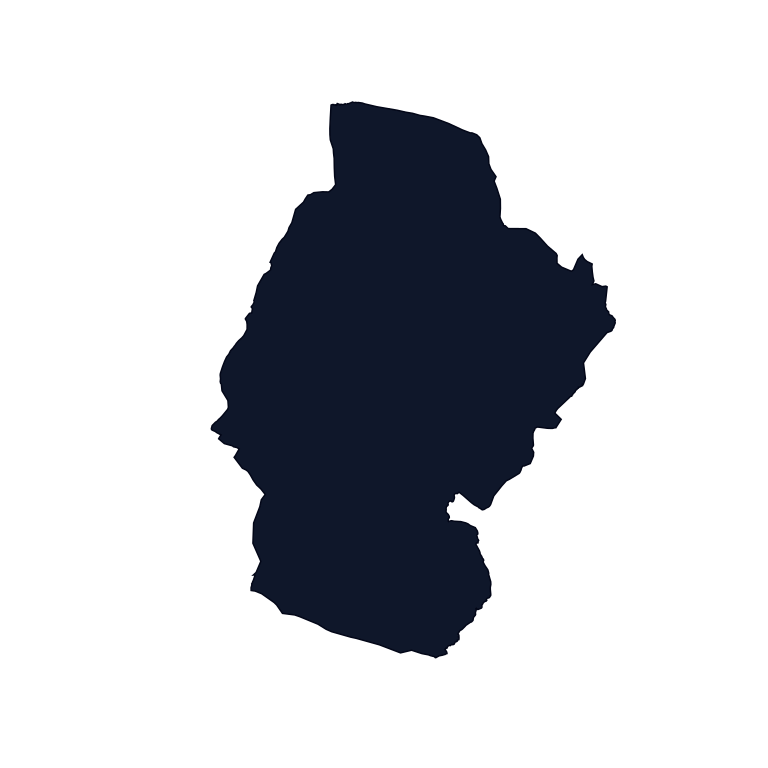 the district of Hjartdal nor, Telemark, Norway, rotated 47°
{"feature_id": "86288312B76434721018946", "entity_name": "Hjartdal nor", "entity_type": "district", "adm_level": 2, "iso_a3": "NOR", "parent_name": "Norway", "parent_adm1": "Telemark", "projection": "albers", "projection_center": [8.717, 59.692], "detail": "fine", "context": "isolated", "style": "filled", "palette": "ink", "viewbox_px": 768, "rotation_deg": 47, "n_neighbors": 0, "source": "geoboundaries", "source_scale": "gbopen_adm2", "svg_char_len": 6146}
<svg xmlns="http://www.w3.org/2000/svg" viewBox="0 0 768 768"><g transform="rotate(47 384 384)"><path d="M444.4,622.0L447.5,619.5L453.9,616.5L468.7,613.4L472.4,613.2L482.5,614.7L492.0,606.8L496.7,604.3L514.6,596.1L523.9,593.6L529.5,591.2L546.4,581.0L551.0,577.8L571.5,565.3L591.9,555.3L597.5,545.4L607.1,540.1L612.4,536.2L614.5,535.2L618.0,532.9L618.8,533.2L619.5,532.8L620.4,529.1L622.2,526.2L623.2,524.1L623.4,523.9L623.6,522.8L624.1,521.8L623.0,521.0L622.0,520.7L619.5,520.4L619.5,519.9L619.7,519.5L619.3,518.9L619.3,518.7L620.1,518.2L619.5,516.6L619.4,515.8L619.4,515.4L619.8,514.6L620.6,513.8L620.6,512.0L621.4,511.7L621.8,511.1L622.1,510.2L621.2,507.7L621.8,506.9L622.0,505.9L621.9,505.5L621.3,505.1L622.0,503.6L620.8,502.2L620.4,502.3L620.4,502.1L619.6,501.8L619.8,501.5L619.6,501.1L618.4,500.4L617.2,500.5L616.4,497.7L616.1,496.4L616.5,495.4L616.7,493.8L616.5,489.4L616.3,489.2L617.2,483.2L617.7,482.3L617.6,480.2L616.0,478.1L615.7,477.5L615.4,475.1L615.1,474.3L613.5,473.0L612.2,470.8L610.9,470.0L611.0,469.4L612.5,469.4L612.9,469.2L613.2,468.6L614.3,465.6L614.2,465.0L613.9,464.4L612.4,463.4L612.5,462.5L612.1,462.3L611.7,460.1L611.8,458.8L611.9,458.4L612.4,457.7L612.4,457.2L612.3,456.4L611.3,456.3L611.1,454.3L611.9,453.3L612.0,452.4L611.7,451.2L611.3,450.9L611.5,450.3L610.7,449.4L606.7,446.3L605.2,444.9L603.5,442.6L601.4,440.8L594.3,437.2L593.9,436.5L592.3,435.6L590.7,434.8L585.6,434.0L581.9,433.0L581.5,432.5L580.9,431.3L579.9,430.8L578.4,430.8L576.5,430.0L575.3,430.0L574.5,429.6L573.6,429.5L573.0,428.9L571.1,428.0L564.1,426.2L563.4,425.3L563.3,424.6L564.0,424.1L564.3,423.5L563.5,422.9L562.9,421.4L560.8,421.0L560.5,420.7L557.8,419.3L557.6,418.6L557.7,417.7L556.8,416.9L555.2,416.0L551.3,415.2L547.3,417.0L545.8,417.6L543.7,417.9L541.4,418.9L537.0,421.7L532.3,426.2L530.5,427.5L529.8,428.1L528.6,430.7L527.9,430.5L527.3,429.7L526.6,429.1L526.3,428.7L526.4,427.5L525.2,426.5L523.3,426.0L520.6,426.1L519.7,425.7L519.0,425.1L518.5,424.3L517.7,423.8L516.6,422.5L516.3,421.7L516.4,420.0L516.0,419.3L515.2,418.9L514.6,418.0L514.3,416.9L514.5,415.3L516.4,414.7L516.9,414.2L517.0,413.6L516.9,413.0L515.7,410.7L514.8,409.6L513.5,408.9L512.6,407.8L512.9,406.3L514.2,405.1L514.3,402.9L519.4,402.1L530.4,401.0L533.9,400.4L538.5,398.8L539.1,399.0L540.5,398.5L543.0,398.0L543.9,396.6L544.2,395.5L544.5,393.6L545.2,391.6L545.3,390.2L544.9,388.3L540.7,380.0L538.8,367.2L538.2,360.6L539.2,357.3L541.5,346.2L541.4,345.1L540.3,342.3L539.6,341.4L539.4,340.8L539.0,340.3L538.9,339.5L538.6,338.3L539.5,337.5L541.9,331.3L538.6,323.9L536.0,321.1L531.6,319.8L531.0,316.9L530.4,316.2L525.1,312.0L521.6,308.6L520.7,306.9L520.1,304.9L519.3,303.6L520.1,301.1L527.8,294.7L530.4,292.1L531.4,291.0L532.7,288.6L533.2,288.2L530.7,278.5L521.9,278.9L521.3,277.7L520.7,275.5L520.4,273.4L520.4,270.1L520.3,257.7L520.2,257.5L520.2,257.0L520.4,255.9L520.9,255.0L520.5,254.4L520.5,253.3L520.2,253.2L520.0,252.5L520.1,250.5L519.9,249.2L519.4,248.6L519.5,246.4L519.3,245.6L519.6,244.7L519.4,244.0L519.1,243.9L519.6,243.3L520.6,239.8L519.8,239.6L519.4,239.1L520.1,238.3L517.4,233.0L504.6,223.7L501.3,211.4L498.5,185.8L500.2,182.0L500.1,181.6L500.3,180.8L499.5,179.3L499.5,178.8L499.3,178.1L499.3,177.6L498.5,176.4L497.0,173.2L496.1,172.7L495.7,172.3L495.3,171.6L494.2,171.0L491.2,171.0L490.1,170.7L489.1,171.0L486.9,172.0L485.3,171.3L484.5,170.5L481.8,170.7L480.2,169.9L478.7,169.6L477.0,167.4L475.4,167.0L474.6,165.5L465.1,154.5L463.7,155.0L461.5,158.1L455.1,160.8L453.4,163.9L451.8,160.2L448.6,158.4L444.1,155.2L439.6,151.7L438.2,149.9L433.0,151.9L429.8,152.3L427.3,151.9L424.6,150.8L425.0,157.0L429.7,167.6L429.3,170.1L419.7,174.4L413.7,175.1L409.8,171.6L408.1,169.7L405.9,169.1L394.6,170.4L384.1,170.2L376.9,170.4L367.3,174.2L355.0,187.2L351.1,187.4L349.6,188.5L348.2,187.6L347.1,187.5L343.1,186.3L340.9,185.3L335.0,179.1L328.2,172.9L317.9,168.0L310.7,165.1L308.8,160.7L300.0,159.4L294.4,157.1L289.1,152.5L282.1,150.0L275.0,148.5L269.3,146.0L265.0,146.2L260.5,148.3L259.0,149.8L251.6,153.4L238.0,158.9L223.0,166.3L215.5,171.8L212.1,174.5L205.5,178.5L200.2,182.6L192.7,187.7L176.4,200.1L166.1,207.0L163.8,208.2L160.6,210.8L159.7,212.0L158.8,212.5L158.3,213.4L157.2,214.3L156.2,214.8L156.0,215.8L155.7,216.2L155.7,217.0L155.1,217.8L155.1,218.1L155.2,218.4L154.2,219.4L154.3,219.6L154.0,220.3L153.5,220.8L152.5,221.3L152.7,222.0L152.3,222.2L152.3,222.5L151.9,222.9L151.8,223.5L150.4,224.4L150.2,225.1L149.9,225.2L150.1,225.4L149.9,225.8L149.4,225.7L149.4,226.1L149.2,226.4L148.2,226.3L147.0,226.9L147.2,227.4L147.2,227.9L147.6,228.0L147.2,228.5L147.8,228.8L147.7,229.0L147.2,229.4L146.5,229.3L145.8,230.4L145.3,230.2L145.1,230.6L144.5,231.0L144.0,232.1L143.9,232.5L152.7,241.7L160.3,249.4L164.9,253.6L168.9,256.8L177.4,260.7L180.8,263.5L184.9,266.5L192.1,273.0L198.4,278.4L205.2,283.4L206.2,289.2L205.8,293.5L201.5,297.9L196.2,304.8L195.4,308.7L193.9,310.8L194.9,315.2L196.1,318.8L196.0,329.5L203.2,341.4L204.8,346.7L206.8,350.1L208.7,356.9L208.7,359.9L209.5,364.7L211.1,369.3L213.3,373.2L213.4,374.9L217.3,384.3L218.1,383.9L220.8,385.3L221.9,387.6L223.3,389.3L222.7,394.8L222.1,396.9L226.0,409.5L229.9,415.0L234.3,422.4L235.6,422.9L236.0,424.3L236.6,425.7L236.9,428.2L237.1,428.6L239.1,428.8L241.8,432.3L240.7,433.9L240.6,434.5L241.6,440.7L242.0,441.1L244.6,441.7L247.2,443.6L250.7,446.9L253.0,453.6L253.3,456.6L253.2,460.7L253.6,464.3L254.2,466.7L254.3,467.8L254.7,469.5L255.0,473.5L256.4,477.2L256.9,480.7L258.8,485.3L261.4,490.6L264.7,496.5L265.7,497.7L268.7,500.0L270.6,502.2L272.1,503.0L273.1,503.0L278.5,507.1L289.6,509.4L294.9,513.7L295.9,515.6L297.0,523.9L297.2,527.1L297.1,529.3L297.4,531.1L297.0,533.4L297.2,538.0L298.8,540.6L299.7,541.2L300.6,541.1L303.6,539.8L305.4,539.5L310.1,537.9L310.9,541.2L311.3,542.3L318.7,541.4L325.9,537.0L327.2,536.9L330.2,534.9L332.7,534.2L335.0,541.5L335.4,543.6L349.0,545.0L352.5,543.6L355.0,543.1L359.1,543.7L365.2,545.2L371.0,546.0L376.8,545.6L383.8,546.2L385.0,552.7L389.0,558.4L396.7,574.1L411.1,588.5L429.7,595.0L434.6,606.0L434.6,609.8L435.2,609.0L435.9,608.7L438.4,613.3L439.0,614.8L439.9,616.6L439.9,617.0L441.0,617.8L441.1,618.1L442.3,620.1L444.4,622.0Z" fill="#0f172a" stroke="#020617" stroke-width="1.5"/></g></svg>